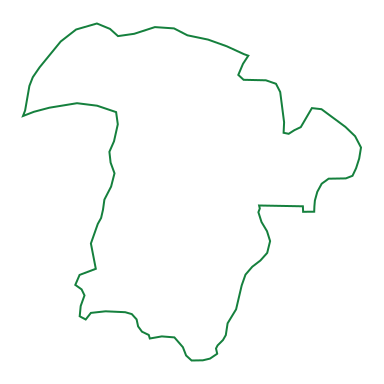 the border of Ioba
{"feature_id": "BFA-2833", "entity_name": "Ioba", "entity_type": "Province", "adm_level": 1, "iso_a3": "BFA", "parent_name": "Burkina Faso", "parent_adm1": "", "projection": "mercator", "projection_center": [-2.966, 11.024], "detail": "fine", "context": "isolated", "style": "outline", "palette": "green", "viewbox_px": 384, "rotation_deg": 0, "n_neighbors": 0, "source": "natural_earth", "source_scale": "10m", "svg_char_len": 1366}
<svg xmlns="http://www.w3.org/2000/svg" viewBox="0 0 384 384"><path d="M314.2,211.7L303.1,211.8L302.9,206.3L259.1,205.5L259.8,208.5L258.4,212.2L261.5,222.0L267.0,231.2L270.1,241.1L267.2,252.9L260.4,260.5L252.3,266.7L245.5,274.6L241.7,285.4L236.1,309.3L227.6,323.3L225.8,335.1L223.0,340.0L217.6,345.4L216.0,348.5L217.2,353.7L217.0,353.9L210.0,358.6L202.9,360.3L191.6,360.5L186.1,355.5L182.9,347.2L174.4,337.4L161.8,336.4L149.8,338.5L148.8,335.0L142.0,331.7L138.1,326.4L136.6,319.4L131.8,314.1L125.2,312.2L105.5,311.3L90.9,312.9L85.7,319.5L79.7,316.3L80.7,306.0L84.5,295.4L81.6,289.4L75.3,284.9L79.6,274.9L95.8,268.8L90.9,243.5L97.8,223.9L101.1,218.0L103.0,209.7L104.4,199.6L111.1,186.6L114.5,173.3L110.6,162.6L109.4,151.8L114.0,141.3L117.8,124.3L116.1,112.1L97.1,105.7L77.0,103.2L49.4,107.7L33.9,111.8L23.0,116.0L25.1,110.5L29.4,85.9L32.8,77.2L39.6,67.3L60.7,41.5L76.1,29.5L96.9,23.5L110.0,28.9L118.0,36.1L134.2,33.8L154.9,27.1L174.0,28.4L187.4,35.3L208.1,39.6L226.8,46.3L243.8,54.1L248.3,55.7L243.0,63.8L238.3,74.9L243.6,79.8L265.9,80.3L276.0,83.8L280.2,92.0L284.1,122.3L283.6,132.8L288.7,133.8L294.5,130.1L300.8,127.1L311.9,108.1L321.5,109.2L345.4,126.9L355.1,136.2L361.0,147.5L359.2,158.5L356.1,168.2L352.5,175.8L345.8,178.4L328.6,178.7L321.7,183.7L317.3,191.8L314.9,200.5L314.4,206.3L314.2,211.6L314.2,211.7Z" fill="none" stroke="#15803d" stroke-width="2"/></svg>